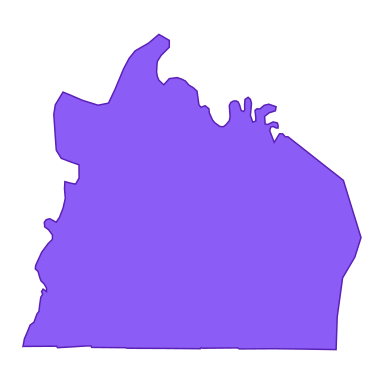 Foni Brefet, West Coast, Gambia (Equal Earth projection)
{"feature_id": "56634734B27150312185582", "entity_name": "Foni Brefet", "entity_type": "district", "adm_level": 2, "iso_a3": "GMB", "parent_name": "Gambia", "parent_adm1": "West Coast", "projection": "equal_earth", "projection_center": [-16.363, 13.217], "detail": "fine", "context": "isolated", "style": "filled", "palette": "violet", "viewbox_px": 384, "rotation_deg": 0, "n_neighbors": 0, "source": "geoboundaries", "source_scale": "gbopen_adm2", "svg_char_len": 2089}
<svg xmlns="http://www.w3.org/2000/svg" viewBox="0 0 384 384"><path d="M169.3,47.2L169.3,40.4L158.9,34.4L155.8,37.0L148.6,43.1L135.2,50.8L129.1,58.4L123.7,68.6L115.0,89.4L108.5,103.1L98.1,105.2L82.4,100.3L69.7,94.8L63.0,92.1L55.3,104.8L53.8,114.4L54.7,127.6L55.5,139.7L56.3,150.3L61.3,158.4L71.7,162.3L79.0,164.8L79.0,170.9L79.1,178.0L75.6,184.1L70.2,183.1L64.9,181.6L64.5,188.7L65.3,198.3L63.1,208.0L59.6,217.1L56.2,222.2L49.7,218.7L46.2,219.7L44.3,222.3L44.7,226.8L48.6,229.8L52.4,234.9L52.4,239.4L48.2,243.5L41.7,252.2L39.3,257.5L38.2,259.8L35.7,265.4L35.3,268.9L38.0,271.4L39.9,278.0L41.1,281.0L44.2,284.0L46.5,288.1L46.5,290.8L46.5,291.6L43.1,289.1L41.5,291.6L42.7,294.2L40.8,297.2L39.7,304.8L39.0,310.9L38.9,311.4L38.3,312.2L37.0,313.9L34.0,322.1L30.1,325.1L27.2,332.3L24.4,338.8L23.0,346.5L23.7,346.4L56.7,346.2L57.5,347.7L71.3,346.9L87.3,345.9L90.9,345.9L91.7,347.4L125.8,347.7L127.0,348.2L139.0,348.3L163.9,348.4L200.3,348.7L201.2,347.7L202.2,348.2L237.2,347.9L239.5,348.9L243.4,348.9L274.0,348.7L306.2,349.1L336.1,349.6L337.2,317.0L341.2,288.0L342.6,277.9L354.9,257.0L361.0,237.6L347.0,192.2L343.4,180.4L339.5,177.3L325.3,166.2L298.6,145.1L296.9,143.8L288.0,136.8L285.3,136.8L282.6,133.8L279.5,133.8L274.2,142.4L269.7,130.6L270.8,127.0L273.1,126.5L276.2,128.0L278.1,128.0L278.1,125.4L277.3,122.9L273.1,121.9L267.8,124.5L265.1,124.0L265.1,122.5L264.6,116.4L269.2,112.8L275.4,110.8L276.1,106.7L268.8,104.2L264.2,105.3L260.0,108.9L256.6,108.9L255.0,110.4L255.8,118.0L255.8,121.0L252.8,122.1L250.4,115.5L251.2,106.9L251.5,103.4L250.4,99.3L248.1,97.3L245.0,99.4L244.6,104.4L244.7,110.0L243.5,111.5L241.2,110.5L239.6,105.0L238.1,101.9L236.2,100.9L233.5,101.0L230.8,102.5L229.3,105.5L230.1,116.7L229.3,120.7L225.9,124.8L223.2,126.8L219.8,126.4L214.8,122.8L212.4,119.8L209.3,112.8L208.9,108.7L205.1,105.7L200.9,107.3L198.9,104.7L198.2,99.7L197.0,91.1L194.0,88.4L193.1,87.6L188.9,85.1L185.4,81.0L181.6,79.1L177.3,77.6L169.3,78.6L163.9,84.7L162.0,83.2L158.9,80.2L157.4,76.7L156.6,72.1L156.9,66.1L157.3,61.5L161.1,55.4L169.3,47.2Z" fill="#8b5cf6" stroke="#5b21b6" stroke-width="1.5"/></svg>